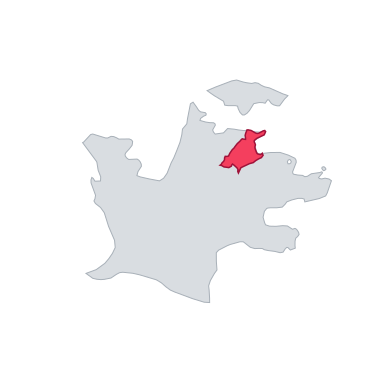 where Kəlbəcər sits in Azerbaijan, rotated 146°
{"feature_id": "AZE-1682", "entity_name": "Kəlbəcər", "entity_type": "District", "adm_level": 1, "iso_a3": "AZE", "parent_name": "Azerbaijan", "parent_adm1": "", "projection": "natural_earth1", "projection_center": [46.186, 40.056], "detail": "fine", "context": "in_parent", "style": "filled", "palette": "rose", "viewbox_px": 384, "rotation_deg": 146, "n_neighbors": 0, "source": "natural_earth", "source_scale": "10m", "svg_char_len": 4317}
<svg xmlns="http://www.w3.org/2000/svg" viewBox="0 0 384 384"><g transform="rotate(146 192 192)"><path d="M255.1,294.1L253.8,294.0L243.9,296.3L241.9,295.6L233.4,285.1L231.6,283.9L228.0,283.4L225.9,281.7L224.1,278.9L223.1,276.8L214.4,271.1L213.1,269.1L212.9,267.2L214.2,265.6L215.6,264.2L219.8,262.8L224.8,261.6L226.4,260.7L227.2,259.2L227.1,256.8L226.3,254.4L219.1,250.0L218.3,248.2L218.1,245.9L218.5,243.5L219.6,241.6L225.4,239.1L228.5,236.4L226.5,233.5L220.2,226.8L212.7,219.4L207.8,219.3L202.1,221.5L193.0,227.8L188.0,230.5L181.4,234.9L174.2,239.9L168.4,245.2L164.7,249.5L158.2,251.4L154.9,255.1L144.0,266.0L140.9,265.9L140.7,260.5L140.8,256.1L140.1,253.7L136.6,250.3L136.5,248.8L137.5,247.9L140.2,248.4L143.7,248.2L145.4,246.9L141.6,242.4L138.3,239.4L135.5,237.4L134.9,236.2L134.8,235.4L135.4,234.3L140.2,231.9L140.7,229.6L140.4,227.1L132.8,223.4L127.0,224.7L121.9,220.5L118.6,217.3L114.5,213.8L110.9,211.9L107.4,207.6L101.3,203.1L97.4,201.8L97.4,201.1L98.1,200.3L99.8,199.6L110.6,199.8L112.0,199.0L112.6,197.1L114.1,194.2L115.9,190.0L115.7,186.5L104.8,180.8L96.9,175.6L91.5,168.7L87.8,162.4L87.9,160.3L89.0,158.3L97.4,152.4L98.0,150.9L97.8,149.9L94.8,146.9L91.0,143.9L89.9,141.6L87.5,140.5L82.9,140.4L75.0,136.6L73.3,136.3L72.9,135.5L73.3,134.8L79.0,133.2L78.9,132.0L77.2,130.3L74.0,129.1L71.1,126.1L70.1,123.4L80.4,115.6L83.4,114.0L90.1,115.4L104.0,120.7L103.0,123.5L104.4,125.2L107.6,127.4L113.7,129.6L118.9,130.8L121.6,129.8L125.6,129.0L130.7,131.6L135.5,134.9L137.9,136.2L139.2,136.6L142.8,135.5L147.2,131.3L148.9,126.1L149.4,123.7L146.8,120.3L141.6,116.6L135.7,113.4L131.9,110.5L129.5,104.9L127.1,104.3L126.5,103.5L126.1,101.6L126.2,98.9L127.0,96.9L129.4,96.0L131.8,95.7L134.0,93.7L136.7,89.8L137.8,87.7L142.9,88.9L143.6,92.4L144.5,93.1L146.6,92.7L150.1,91.2L152.9,92.4L156.6,96.5L161.5,100.8L164.3,103.7L165.3,105.8L167.9,107.7L171.6,110.0L174.6,113.6L177.3,122.0L180.0,123.9L189.6,127.1L193.0,127.8L202.4,128.9L205.8,128.1L210.6,120.9L214.9,113.4L219.0,111.9L226.3,108.3L230.7,104.9L232.6,101.2L236.7,94.3L239.2,90.5L243.6,93.9L251.2,103.3L262.1,118.5L264.8,122.8L266.6,127.8L268.2,133.9L270.7,139.2L281.8,152.7L286.5,157.7L294.3,164.2L297.1,165.6L300.7,166.0L307.3,166.0L313.5,168.6L316.5,170.3L319.7,172.9L322.5,175.9L325.4,183.8L314.8,181.2L304.1,181.6L298.1,183.3L292.3,185.6L286.7,188.9L283.2,195.3L280.4,210.1L276.3,223.9L276.5,230.3L278.5,236.5L278.3,239.4L276.3,240.6L273.8,243.2L270.6,256.0L269.0,258.5L266.9,260.1L266.3,258.6L266.4,255.2L261.7,252.3L259.2,255.6L257.6,262.6L254.2,269.9L254.1,271.4L255.1,294.1ZM96.1,163.7L96.6,161.7L95.3,160.8L93.9,160.8L92.6,161.8L92.6,164.2L94.3,164.7L96.1,163.7ZM60.9,221.4L59.3,219.3L58.6,218.2L63.3,217.3L71.2,214.5L73.3,215.9L75.6,218.6L76.7,221.0L76.9,225.4L77.8,226.2L81.7,224.7L83.4,226.5L86.3,228.6L91.4,230.7L98.8,227.4L102.4,226.5L105.5,226.6L107.1,227.7L107.7,231.1L107.1,235.3L106.2,237.7L107.7,239.3L113.8,243.4L116.3,245.7L115.1,249.6L119.6,259.2L121.1,263.0L122.8,267.6L113.6,265.8L97.0,261.9L92.4,259.9L88.1,254.6L85.6,252.0L81.8,248.6L78.6,247.4L76.3,245.1L74.9,241.7L73.0,238.6L69.6,235.0L61.9,222.7L60.9,221.4ZM71.1,139.2L70.1,139.8L68.5,139.2L68.0,137.6L68.1,136.1L69.7,135.7L71.0,136.1L71.3,137.6L71.1,139.2Z" fill="#d9dde1" stroke="#a8b0b8" stroke-width="1"/><path d="M108.0,200.2L111.4,199.9L112.0,199.4L112.4,198.7L112.9,196.0L113.1,195.5L114.2,194.7L115.1,193.5L115.6,192.0L116.5,188.2L116.5,187.8L116.5,187.5L116.4,187.1L115.2,185.6L114.5,184.9L113.8,184.6L112.8,184.6L112.1,184.8L112.5,182.7L115.2,181.7L118.2,182.2L121.5,182.4L124.8,182.1L128.6,183.4L132.6,184.0L134.4,184.3L137.9,184.8L142.9,181.8L142.7,182.8L142.4,183.8L141.9,184.2L141.4,184.6L141.2,186.8L141.7,188.9L142.2,190.9L142.8,192.5L143.9,192.2L144.9,191.4L147.8,191.6L150.2,193.8L151.4,194.8L152.0,196.0L152.3,196.7L152.6,197.3L153.7,198.5L152.1,198.6L151.7,198.9L150.7,199.4L148.7,199.7L147.0,200.6L145.9,202.1L144.5,203.0L143.2,202.0L141.7,201.4L140.4,202.1L139.3,202.8L138.9,203.0L136.9,203.8L134.9,204.6L132.8,204.9L130.7,205.7L127.4,206.8L123.9,207.3L122.2,207.8L120.6,208.0L119.4,206.7L118.2,205.7L117.2,207.2L116.3,209.2L114.6,210.7L112.7,212.0L111.8,212.7L110.8,212.2L108.7,210.1L108.3,209.4L106.2,205.1L105.1,204.0L103.8,203.4L98.8,202.9L97.3,202.3L97.3,201.4L97.2,200.9L100.2,199.0L108.0,200.2Z" fill="#f43f5e" stroke="#9f1239" stroke-width="1.5"/></g></svg>